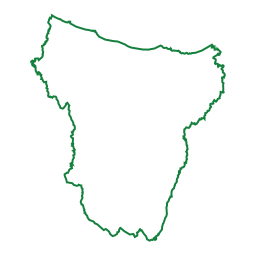 outline of Batang, Jawa Tengah, Indonesia
{"feature_id": "22746128B4894534477686", "entity_name": "Batang", "entity_type": "district", "adm_level": 2, "iso_a3": "IDN", "parent_name": "Indonesia", "parent_adm1": "Jawa Tengah", "projection": "equal_earth", "projection_center": [109.867, -7.032], "detail": "fine", "context": "isolated", "style": "outline", "palette": "green", "viewbox_px": 256, "rotation_deg": 0, "n_neighbors": 0, "source": "geoboundaries", "source_scale": "gbopen_adm2", "svg_char_len": 5664}
<svg xmlns="http://www.w3.org/2000/svg" viewBox="0 0 256 256"><path d="M154.3,240.3L156.1,239.3L156.2,238.1L155.8,236.9L156.3,236.0L157.6,235.6L158.2,234.3L159.3,235.3L158.2,234.1L159.1,233.3L162.0,229.4L162.1,226.9L163.0,223.7L163.5,223.2L165.3,217.7L166.2,216.5L166.9,214.0L166.4,207.3L167.0,205.7L167.0,203.1L168.8,200.6L169.0,199.4L169.7,198.0L170.7,197.2L170.5,196.5L171.7,196.5L171.4,194.0L171.7,191.1L172.7,189.2L174.0,188.3L174.4,186.2L175.0,185.3L174.9,184.4L176.9,181.7L176.7,180.5L177.1,178.6L178.2,176.9L177.9,175.4L179.0,174.4L178.9,171.2L179.3,171.0L179.9,171.6L179.9,170.5L180.6,169.4L180.5,168.5L181.4,168.6L182.1,167.4L183.4,167.2L184.3,166.4L184.7,164.8L184.6,163.0L185.3,163.3L186.2,162.9L185.9,161.6L186.4,161.2L186.5,159.7L187.0,159.2L186.4,157.4L186.7,155.9L187.3,155.2L187.0,153.7L187.2,153.1L186.2,151.7L186.9,150.9L187.0,149.7L187.5,149.5L187.6,149.0L187.0,146.2L187.2,145.5L186.5,144.9L186.3,141.6L185.4,140.5L186.1,139.9L185.8,139.3L185.2,139.6L184.1,139.0L183.5,138.2L184.4,137.7L183.5,136.3L184.5,135.9L184.8,134.5L184.1,131.8L184.4,131.1L184.2,129.9L184.5,129.2L185.4,128.6L186.2,127.4L188.9,127.9L190.3,126.2L190.3,125.4L191.4,124.1L191.7,122.8L193.1,123.7L194.5,123.2L194.7,124.3L195.5,124.5L196.7,123.7L197.8,122.2L199.5,119.2L199.9,119.6L200.9,119.5L201.3,119.1L201.5,118.2L202.6,118.5L203.7,117.7L204.5,118.7L204.5,115.8L205.3,115.1L205.3,113.1L206.2,113.0L207.3,111.9L207.6,110.8L208.6,110.9L209.3,110.3L210.1,107.8L211.0,107.1L211.1,106.6L210.2,105.5L210.4,104.0L211.3,103.6L212.8,103.9L213.4,103.4L213.2,101.9L214.3,100.1L216.0,101.6L216.8,100.8L217.8,98.9L219.6,98.3L219.7,96.6L220.5,94.8L220.6,91.9L223.0,92.6L223.6,92.3L223.1,90.4L223.3,89.4L223.1,84.7L223.5,83.1L222.4,82.4L222.2,80.7L222.5,79.7L222.0,78.5L222.1,77.5L223.9,77.6L223.7,76.7L224.5,76.2L224.8,74.8L224.3,73.5L222.8,72.3L222.9,70.4L221.5,69.1L221.9,68.2L223.3,67.1L223.6,65.8L222.8,65.2L221.0,66.0L219.8,65.1L218.2,66.8L217.9,66.1L218.1,64.2L216.6,63.6L215.5,64.0L215.0,63.4L215.0,62.7L215.8,60.5L215.7,59.3L213.3,58.0L213.5,57.2L217.0,55.1L218.1,53.6L218.9,53.6L219.0,54.9L219.4,54.8L220.6,52.0L217.5,48.9L217.5,49.7L216.2,49.3L214.7,49.7L214.5,46.7L213.4,47.5L211.8,47.5L211.9,47.0L212.9,45.8L212.0,44.7L201.6,50.7L195.0,52.9L192.0,53.0L191.0,53.6L189.5,53.3L188.7,53.9L187.6,53.6L186.8,52.8L184.5,53.7L182.6,53.0L181.7,53.4L180.5,52.9L180.2,52.0L179.6,52.0L179.3,51.3L178.6,50.7L178.2,51.0L173.4,50.5L172.2,50.8L171.0,50.0L171.1,48.9L170.8,48.5L170.6,49.0L170.1,48.7L168.9,49.1L167.4,48.7L166.7,47.8L163.5,47.9L161.7,46.0L160.5,45.6L154.5,48.5L148.6,49.6L142.7,49.5L131.3,47.6L127.7,46.2L125.1,44.5L117.7,41.5L113.3,41.1L105.3,39.6L99.1,36.7L96.7,33.8L96.5,32.7L95.6,31.9L95.4,31.3L95.0,31.7L94.5,31.0L94.1,31.2L93.0,30.5L92.3,31.0L88.5,29.9L86.0,29.7L76.2,26.7L70.2,23.4L70.2,21.7L68.6,21.7L68.6,22.2L67.6,22.5L65.6,22.1L62.3,20.7L60.0,19.0L59.4,19.2L55.4,17.4L52.0,15.4L52.1,16.3L51.4,17.1L50.9,18.5L49.9,17.8L49.5,18.5L48.2,22.6L50.4,25.4L50.6,26.1L49.6,29.5L49.3,29.8L48.8,29.5L48.4,30.2L48.7,31.3L48.3,31.5L48.4,31.9L47.9,33.1L48.2,33.4L47.4,33.9L47.0,35.8L46.5,36.3L46.7,38.2L47.7,38.5L47.5,40.2L46.7,40.9L46.6,41.4L45.9,41.4L45.8,42.2L45.3,42.1L45.2,43.7L44.7,43.7L44.6,44.2L43.8,44.4L43.7,45.4L42.1,45.8L42.1,46.8L42.7,48.3L42.5,50.2L43.2,51.7L42.8,53.1L43.0,53.6L42.5,54.5L42.8,55.0L42.4,56.8L38.8,60.1L38.2,58.5L35.2,58.6L35.0,58.8L35.2,59.3L35.1,60.4L33.8,60.4L35.2,60.8L35.0,61.3L33.5,61.4L32.5,60.6L31.2,61.5L31.4,62.6L33.1,63.1L32.1,64.7L32.8,65.6L33.2,65.8L33.9,64.8L35.2,65.8L34.8,66.4L34.4,66.4L34.4,66.9L35.6,67.3L35.6,70.3L36.5,72.5L37.5,73.1L37.5,74.4L37.9,74.4L38.3,73.7L38.2,72.4L38.4,72.1L39.3,72.5L39.7,73.6L40.3,73.6L40.4,75.0L41.3,75.0L41.1,76.6L41.7,77.6L41.2,79.0L42.3,79.1L43.0,80.9L44.1,82.3L46.2,81.8L46.2,84.0L47.1,86.2L46.4,88.0L47.6,88.8L47.2,91.0L48.2,92.0L48.5,93.6L48.1,95.5L48.5,96.7L49.7,97.0L50.1,96.6L50.7,97.2L51.4,97.0L52.3,97.7L53.4,96.4L55.8,96.7L56.4,97.6L56.5,99.1L57.6,100.4L58.3,101.9L58.4,103.4L60.0,106.4L60.4,107.8L62.5,108.6L63.4,108.3L65.9,105.1L66.1,103.7L67.3,102.8L69.3,105.6L68.9,106.3L68.6,109.3L68.7,109.9L69.6,110.7L69.1,114.1L69.7,115.7L70.4,116.4L71.6,120.0L72.4,120.9L73.3,122.9L73.4,124.9L74.2,125.3L74.8,126.9L74.8,129.2L73.7,130.0L73.3,131.6L72.4,131.5L71.8,132.1L72.9,134.0L72.8,134.8L71.1,135.8L70.9,136.3L71.8,137.8L73.0,138.2L72.8,142.5L72.1,143.5L73.2,143.8L73.2,144.2L72.9,145.0L72.1,145.1L71.9,145.7L73.0,145.9L73.4,146.7L73.6,148.1L74.7,149.7L73.2,150.7L74.3,151.2L74.0,152.2L74.4,152.4L74.6,153.5L74.4,154.8L73.3,155.3L73.9,157.7L72.7,159.8L72.4,162.4L71.8,162.8L72.3,163.9L71.3,163.2L70.5,163.6L70.9,165.1L70.7,166.0L71.9,166.2L71.7,167.0L71.9,167.9L71.5,167.8L70.9,168.8L70.4,168.8L69.2,169.9L68.1,172.7L66.9,172.8L64.6,174.3L64.7,175.7L66.2,179.4L66.9,182.3L72.3,183.2L73.8,184.9L76.6,185.8L77.7,185.7L78.8,184.7L80.2,185.4L81.3,185.5L81.6,187.9L82.6,188.8L82.3,190.3L82.8,192.1L82.3,192.8L82.6,193.1L82.6,193.9L81.9,196.3L82.4,196.9L82.4,197.9L80.8,201.3L80.8,202.5L81.6,204.5L82.1,204.4L83.0,205.2L83.9,208.9L84.5,209.6L84.1,210.7L84.9,212.1L84.6,212.8L85.3,212.9L85.4,213.8L87.3,216.0L87.6,217.7L89.4,220.0L92.8,221.2L94.2,222.1L94.7,223.3L97.1,224.2L103.8,230.1L105.7,229.0L106.4,229.4L109.0,231.5L110.3,234.2L112.6,236.1L115.1,235.3L117.1,233.8L117.4,232.2L118.3,232.2L119.1,231.3L119.0,230.1L120.0,228.1L120.4,227.9L124.3,231.2L129.8,234.5L133.4,234.0L134.9,237.0L137.2,235.6L137.4,234.2L137.0,232.6L138.3,232.0L139.5,230.2L139.9,228.5L140.1,229.5L141.0,230.0L141.2,230.6L141.8,230.4L143.7,233.6L146.1,236.3L147.1,239.3L149.6,240.6L151.5,239.7L152.5,240.0L153.5,239.2L153.6,238.4L155.5,237.0L155.6,238.6L154.3,240.3Z" fill="none" stroke="#15803d" stroke-width="2"/></svg>